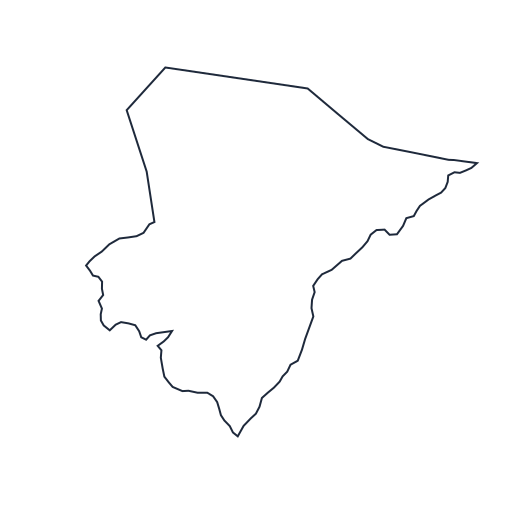 outline of Gandu, Bahia, Brazil, rotated 21°
{"feature_id": "56859067B69626840226512", "entity_name": "Gandu", "entity_type": "district", "adm_level": 2, "iso_a3": "BRA", "parent_name": "Brazil", "parent_adm1": "Bahia", "projection": "albers", "projection_center": [-39.469, -13.802], "detail": "fine", "context": "isolated", "style": "outline", "palette": "slate", "viewbox_px": 512, "rotation_deg": 21, "n_neighbors": 0, "source": "geoboundaries", "source_scale": "gbopen_adm2", "svg_char_len": 1514}
<svg xmlns="http://www.w3.org/2000/svg" viewBox="0 0 512 512"><g transform="rotate(21 256 256)"><path d="M318.6,106.8L281.6,94.1L244.2,81.1L103.8,112.5L83.0,166.2L123.7,216.4L149.0,260.7L145.1,264.6L142.7,274.7L137.4,280.3L129.8,284.6L122.2,288.6L114.9,297.6L110.4,307.2L105.5,314.2L102.5,320.6L100.8,325.8L106.3,329.2L110.8,332.7L116.3,331.9L121.5,335.1L123.9,341.8L127.3,347.2L125.1,354.3L131.0,360.3L131.9,366.0L134.3,371.8L138.7,375.4L146.1,377.8L149.6,370.4L153.7,366.1L161.1,364.6L168.1,363.9L173.9,368.1L178.0,373.0L183.4,373.5L185.4,368.1L190.4,363.9L204.5,356.1L203.0,363.4L200.5,368.8L196.4,375.1L201.5,377.9L203.6,385.1L209.2,394.5L213.7,401.5L219.8,405.2L225.1,408.1L235.7,408.5L241.3,406.0L250.4,404.6L259.5,401.1L266.2,402.3L272.1,406.3L276.6,412.1L280.3,417.2L285.4,420.9L292.5,424.2L297.7,429.0L303.6,430.9L305.3,419.0L309.4,409.3L312.4,403.3L313.3,395.5L312.4,386.4L316.0,379.4L319.9,372.5L323.1,364.8L324.0,358.8L326.6,352.8L327.2,345.1L332.5,338.8L332.5,327.0L331.6,315.8L331.2,291.9L326.5,284.8L324.0,276.7L323.7,268.7L320.1,263.4L321.9,255.5L324.2,249.4L331.6,241.8L338.0,229.7L345.1,224.6L348.3,217.7L352.2,209.7L354.8,202.2L355.4,195.0L359.2,188.6L366.6,185.3L373.1,188.3L379.8,185.2L382.5,175.2L382.8,166.8L389.0,162.2L389.8,156.2L391.1,150.4L396.9,141.3L402.4,134.7L406.1,130.5L408.4,124.7L408.4,118.1L406.6,111.9L411.3,106.7L416.6,105.3L421.4,100.8L425.5,96.6L429.0,90.1L406.3,95.5L401.3,97.2L360.9,104.0L335.7,108.4L318.6,106.8Z" fill="none" stroke="#1e293b" stroke-width="2"/></g></svg>